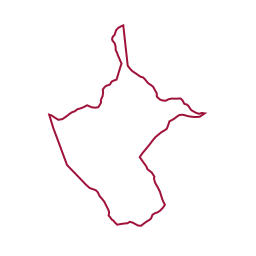 Igarassu, Pernambuco, Brazil (Mercator projection), rotated 55°
{"feature_id": "56859067B26205413657265", "entity_name": "Igarassu", "entity_type": "district", "adm_level": 2, "iso_a3": "BRA", "parent_name": "Brazil", "parent_adm1": "Pernambuco", "projection": "mercator", "projection_center": [-34.962, -7.796], "detail": "fine", "context": "isolated", "style": "outline", "palette": "rose", "viewbox_px": 256, "rotation_deg": 55, "n_neighbors": 0, "source": "geoboundaries", "source_scale": "gbopen_adm2", "svg_char_len": 1885}
<svg xmlns="http://www.w3.org/2000/svg" viewBox="0 0 256 256"><g transform="rotate(55 128 128)"><path d="M198.0,192.9L201.0,192.3L202.3,189.5L203.3,187.4L204.4,185.3L205.7,183.1L205.9,180.3L208.1,178.5L213.7,175.7L215.6,173.3L215.4,170.6L215.3,166.7L215.6,163.2L215.3,161.0L213.1,157.6L213.3,154.5L214.1,152.1L214.1,149.1L213.3,144.9L212.0,141.8L208.4,141.3L205.7,140.7L202.5,139.7L198.6,138.4L193.2,137.6L190.1,137.4L187.8,137.0L184.3,135.7L183.0,134.3L178.2,134.1L172.9,135.7L170.0,135.0L164.3,135.1L158.6,135.1L156.9,130.6L154.2,120.7L152.4,115.1L151.2,110.7L150.6,103.1L150.9,99.4L150.9,96.7L148.2,92.7L146.3,90.3L146.7,87.3L146.9,84.7L146.7,81.5L146.8,78.8L147.9,76.4L149.7,74.5L153.1,71.7L155.9,68.7L158.0,66.0L159.9,62.8L160.0,56.8L158.0,58.9L157.1,61.7L154.2,63.8L149.8,65.9L147.5,66.0L145.2,65.8L142.8,66.2L140.5,68.0L136.7,67.5L134.0,68.0L131.7,71.6L129.0,75.3L127.8,78.0L127.3,81.4L125.5,83.7L123.0,85.5L119.0,86.4L116.1,84.6L110.7,84.0L108.5,83.8L105.8,84.6L103.0,85.8L97.6,86.2L95.3,86.6L93.1,88.4L88.6,90.0L83.8,91.9L80.1,92.4L76.8,92.5L41.2,73.0L40.7,75.5L40.4,78.5L41.1,81.7L44.1,85.7L44.4,87.9L45.8,89.9L47.6,90.6L50.8,90.3L53.9,91.3L57.3,93.5L60.0,93.8L62.3,94.5L71.6,96.4L73.2,98.7L77.6,104.3L80.4,107.8L81.8,109.8L81.1,111.9L80.6,114.7L82.0,117.9L80.9,122.1L81.2,124.0L82.0,126.6L84.6,128.0L87.3,130.5L88.6,132.7L89.9,134.5L91.7,135.5L93.0,138.2L93.9,140.4L92.7,143.0L90.6,145.5L88.5,146.9L85.9,148.5L85.6,151.4L85.2,153.6L84.4,156.5L83.6,158.8L83.8,161.8L83.0,164.9L82.9,168.3L83.1,170.6L83.1,176.7L81.3,180.4L77.0,182.2L73.7,183.5L71.9,184.9L85.4,189.3L92.1,191.0L109.3,195.5L123.4,199.2L144.1,195.9L150.6,194.9L155.2,193.8L157.9,191.9L160.4,190.1L163.4,189.6L167.4,190.3L171.5,189.9L174.8,189.7L177.8,190.2L180.9,190.6L184.2,191.1L186.4,191.9L188.6,194.1L190.7,193.8L193.7,193.8L195.6,193.1L198.0,192.9Z" fill="none" stroke="#9f1239" stroke-width="2"/></g></svg>